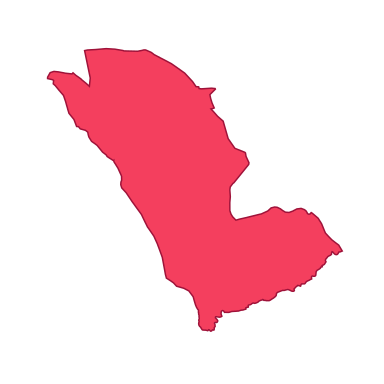 outline of Mazhar, Raymah, Yemen, rotated 6°
{"feature_id": "15242507B74334805972717", "entity_name": "Mazhar", "entity_type": "district", "adm_level": 2, "iso_a3": "YEM", "parent_name": "Yemen", "parent_adm1": "Raymah", "projection": "albers", "projection_center": [43.787, 14.568], "detail": "fine", "context": "isolated", "style": "filled", "palette": "rose", "viewbox_px": 384, "rotation_deg": 6, "n_neighbors": 0, "source": "geoboundaries", "source_scale": "gbopen_adm2", "svg_char_len": 5954}
<svg xmlns="http://www.w3.org/2000/svg" viewBox="0 0 384 384"><g transform="rotate(6 192 192)"><path d="M347.6,235.0L343.5,229.5L343.4,229.4L340.0,227.4L336.0,224.9L335.9,224.8L333.6,222.9L332.4,221.9L329.0,218.9L327.7,216.6L324.3,210.2L322.8,208.2L322.1,207.4L321.5,206.6L320.2,204.9L314.5,201.0L313.4,200.3L312.7,200.0L311.5,201.7L310.3,201.9L309.0,201.3L308.6,200.4L307.4,198.9L305.7,197.8L302.2,196.9L298.9,197.7L298.2,197.8L295.0,199.9L294.4,200.4L293.5,200.8L290.7,202.2L287.0,202.3L284.2,201.0L281.7,199.5L278.3,198.3L278.1,198.3L275.8,198.3L274.4,198.8L272.5,199.5L272.4,199.5L269.3,203.0L264.0,206.1L263.4,206.5L261.3,207.2L257.2,208.7L253.0,210.2L249.7,211.4L249.5,211.5L242.7,213.8L242.1,214.0L238.6,215.4L235.0,212.4L233.1,209.9L231.6,206.6L230.8,199.4L230.7,198.4L230.6,192.7L229.4,186.0L229.5,183.0L231.7,179.3L232.7,178.4L245.5,158.7L245.6,157.0L245.5,156.8L242.0,150.9L241.1,147.6L240.4,147.0L230.1,144.1L226.9,140.4L226.1,139.5L223.2,136.1L222.4,135.2L218.8,126.3L216.5,120.6L215.6,118.3L209.5,114.0L205.5,110.3L202.2,107.4L204.7,106.5L205.3,106.1L202.6,101.3L200.8,97.1L199.6,93.3L204.5,87.3L204.2,86.7L200.6,86.7L190.7,88.4L188.3,88.4L187.6,86.7L185.0,86.8L183.3,84.8L181.0,82.1L172.3,74.5L160.2,67.7L158.0,66.5L154.3,65.0L148.0,62.5L146.9,62.1L146.4,61.9L140.7,59.6L140.4,59.6L137.9,58.0L136.8,57.4L135.0,56.8L131.1,55.6L129.4,55.7L127.2,56.5L124.5,57.3L123.4,57.7L123.2,57.7L114.7,58.4L109.6,58.8L108.6,58.5L100.4,58.0L91.6,58.4L81.2,60.4L73.2,61.7L70.4,62.6L78.9,89.3L78.9,96.6L78.9,97.6L77.1,96.3L75.3,95.0L70.3,91.7L69.6,91.0L68.2,90.3L67.6,89.9L64.3,88.1L61.2,85.9L60.3,87.1L57.0,87.1L53.7,87.1L50.6,86.8L50.3,86.8L46.7,86.5L46.4,86.5L45.3,86.5L42.1,86.5L40.5,87.2L38.7,88.0L38.4,88.2L36.4,92.9L36.5,94.3L41.5,94.9L42.7,95.5L42.7,98.9L44.9,100.5L45.7,101.3L46.1,101.7L49.4,105.0L49.9,105.4L50.7,106.2L53.8,109.1L54.2,109.6L56.9,115.4L58.3,119.0L59.3,121.4L59.8,122.8L60.5,124.4L61.4,126.6L65.5,130.7L66.0,131.2L67.0,132.2L70.4,138.9L72.3,138.9L74.3,140.9L79.6,141.8L82.1,143.4L82.7,145.6L83.4,147.4L83.7,148.1L85.7,150.7L86.8,152.1L88.7,153.2L90.2,154.0L91.0,154.5L92.7,155.5L92.9,155.7L98.4,161.2L98.9,161.7L102.8,164.1L103.9,165.6L104.1,165.7L106.4,166.9L109.6,168.5L110.6,169.0L110.8,168.8L110.8,169.0L111.5,170.5L112.4,171.6L113.5,172.9L113.7,173.3L115.8,175.9L116.2,176.6L118.3,180.2L119.5,182.2L120.3,183.8L120.8,187.6L120.3,189.5L120.4,192.2L121.7,195.3L125.0,198.2L126.6,199.6L133.6,208.0L135.6,210.2L138.0,212.9L142.8,218.2L144.2,219.8L145.2,221.5L148.4,226.7L150.4,229.8L151.0,230.8L151.2,231.2L152.9,233.1L158.7,239.9L160.1,242.3L163.1,247.4L163.3,247.9L165.4,252.1L169.3,260.1L169.7,261.5L171.6,267.9L172.4,270.6L174.2,276.8L175.4,279.9L175.5,280.3L179.9,282.5L182.2,283.8L183.0,284.2L186.5,287.3L193.9,288.6L199.2,290.7L202.8,294.6L204.0,295.9L204.1,296.0L205.9,300.6L207.3,303.9L208.5,306.1L209.8,307.9L210.7,308.7L210.9,309.7L210.9,310.9L211.3,311.4L211.3,312.6L212.0,314.2L212.0,315.3L212.4,316.8L212.4,317.4L212.1,318.7L212.3,319.4L212.6,320.1L212.4,321.3L212.4,322.4L212.8,323.7L213.6,324.8L214.6,325.5L215.4,326.6L216.4,327.8L216.8,328.1L217.2,328.1L217.8,328.1L218.5,328.1L219.5,328.0L220.3,328.0L221.1,328.1L222.2,328.3L222.6,327.8L222.9,327.2L223.4,327.2L224.0,327.6L224.5,328.1L224.9,328.4L225.4,328.4L226.1,328.0L226.4,327.5L226.8,327.0L227.4,327.0L227.9,327.1L228.4,326.8L228.4,326.1L228.4,325.4L228.3,324.7L228.5,324.1L228.9,323.7L229.1,323.0L228.7,322.0L228.7,321.2L228.4,320.8L228.1,320.3L228.1,319.8L228.5,319.4L229.0,319.2L229.7,319.2L230.2,319.2L230.6,318.9L231.0,318.0L231.1,317.4L230.6,316.7L230.1,316.1L229.1,315.3L228.5,314.8L228.4,314.2L228.5,313.7L229.0,313.5L229.7,313.5L230.3,313.5L231.2,313.6L232.5,313.6L233.2,313.4L233.9,313.1L234.3,312.8L234.7,312.4L234.3,311.6L234.0,311.0L233.6,310.0L233.6,309.4L233.6,308.3L233.7,307.6L234.1,307.1L234.8,306.7L235.8,306.9L236.9,308.3L237.7,308.2L238.5,308.1L239.0,308.1L241.2,307.9L244.0,306.7L245.1,306.5L245.8,306.4L246.8,306.2L248.3,306.0L248.9,305.8L249.6,305.7L250.3,305.6L250.8,305.5L252.0,304.9L253.3,304.4L254.2,304.2L255.0,304.1L255.7,303.7L256.5,303.4L257.8,302.9L257.9,302.6L257.8,302.3L257.7,301.9L257.6,301.7L257.7,301.4L258.1,301.2L259.9,300.7L260.1,300.4L260.0,300.0L259.9,299.4L259.8,299.2L259.8,298.8L259.9,298.6L260.8,298.3L262.0,297.9L262.7,297.3L263.5,296.5L264.1,296.2L264.5,296.0L265.1,296.1L265.8,296.2L266.5,296.0L267.5,295.6L268.2,295.2L269.2,294.6L269.6,294.0L270.1,293.5L270.5,293.2L271.6,292.6L271.9,292.4L272.6,292.2L273.2,292.0L273.6,291.5L274.3,291.7L274.5,292.1L274.9,292.3L276.0,292.1L277.1,292.3L280.1,292.0L281.1,291.4L282.9,289.9L284.1,289.0L286.0,287.1L286.6,285.9L286.6,285.1L286.6,284.2L286.9,283.7L287.5,282.9L290.5,281.3L291.5,280.8L292.6,280.3L293.1,280.3L293.7,280.3L294.7,280.0L295.5,279.6L296.5,279.3L297.2,279.0L298.0,279.0L298.7,279.2L299.5,279.4L301.2,280.1L302.1,280.2L302.9,280.2L303.7,279.9L304.0,279.5L304.1,278.9L303.7,278.2L303.7,277.6L303.9,277.2L304.4,276.8L304.9,276.1L305.5,275.3L306.0,274.8L306.5,274.5L306.8,273.9L307.6,273.9L308.1,274.0L308.4,273.9L309.0,274.1L309.5,274.4L309.9,274.2L310.0,273.8L310.0,273.2L310.2,272.5L310.5,272.1L311.0,271.9L313.5,271.6L313.9,271.3L314.6,270.1L314.9,269.5L315.5,268.9L316.2,268.4L316.9,268.0L317.4,267.8L317.9,267.4L318.7,266.8L319.3,266.4L319.7,266.2L320.1,266.0L319.8,264.6L319.8,263.6L320.3,263.0L320.9,263.0L321.3,263.1L322.1,263.1L323.0,262.9L323.7,262.2L323.8,261.4L323.8,258.2L324.6,256.8L325.9,255.9L326.9,255.1L327.7,254.3L327.8,253.5L328.4,253.1L329.1,252.9L329.4,252.7L329.0,251.8L329.4,251.3L330.4,250.8L331.3,250.0L332.0,248.5L332.5,247.6L332.5,247.2L331.9,246.5L331.8,245.8L332.0,244.9L332.6,244.0L333.3,243.0L333.7,242.2L334.6,241.4L335.9,240.7L336.7,240.0L337.2,239.5L337.2,237.9L337.4,237.4L337.5,236.7L337.9,236.7L338.6,237.2L339.4,238.0L339.9,238.5L340.7,239.0L341.5,239.2L342.3,239.2L343.0,238.9L343.5,238.3L344.0,237.3L344.2,236.6L344.3,236.4L345.8,236.0L347.6,235.0Z" fill="#f43f5e" stroke="#9f1239" stroke-width="1.5"/></g></svg>